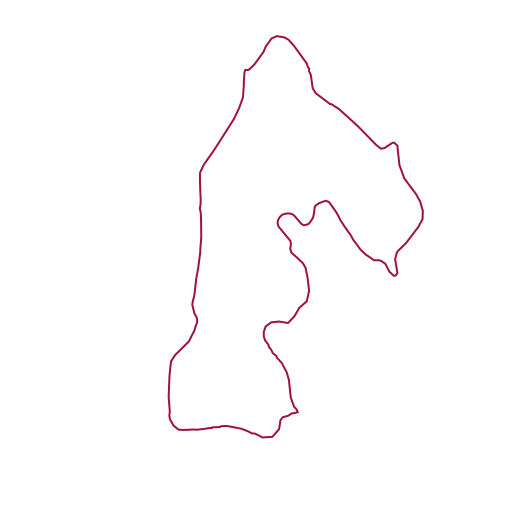 the district of San Pablo, San Marcos, Guatemala, rotated 133°
{"feature_id": "79465075B73669305526668", "entity_name": "San Pablo", "entity_type": "district", "adm_level": 2, "iso_a3": "GTM", "parent_name": "Guatemala", "parent_adm1": "San Marcos", "projection": "natural_earth1", "projection_center": [-91.953, 14.976], "detail": "fine", "context": "isolated", "style": "outline", "palette": "rose", "viewbox_px": 512, "rotation_deg": 133, "n_neighbors": 0, "source": "geoboundaries", "source_scale": "gbopen_adm2", "svg_char_len": 2539}
<svg xmlns="http://www.w3.org/2000/svg" viewBox="0 0 512 512"><g transform="rotate(133 256 256)"><path d="M259.7,329.4L261.5,326.6L263.3,324.6L268.7,319.2L280.1,308.4L286.1,303.7L292.0,298.8L297.9,294.6L304.9,289.6L313.4,284.2L317.8,280.9L321.8,278.0L325.6,275.1L329.2,272.9L331.9,271.6L335.1,269.3L339.7,262.4L341.8,256.7L344.3,254.0L348.9,252.1L352.6,250.2L358.0,248.7L364.3,246.8L383.6,247.6L390.6,246.4L395.8,242.8L402.7,237.5L418.7,223.7L428.7,212.8L431.9,210.5L434.2,207.4L435.8,202.0L436.3,200.6L435.8,194.2L433.3,191.1L429.6,187.3L426.2,184.1L422.9,180.3L417.4,175.7L413.0,172.3L412.2,171.1L411.2,171.2L405.8,165.8L404.3,165.5L400.3,161.6L393.2,150.4L392.3,148.9L389.9,142.8L388.4,137.8L386.6,135.7L384.2,127.4L377.1,120.7L366.9,121.0L363.5,123.4L361.8,124.4L359.7,126.0L355.7,126.5L350.9,123.5L347.0,122.6L344.0,120.3L341.8,119.0L340.5,121.7L340.3,125.3L338.6,128.6L335.8,134.1L324.2,147.4L320.2,154.1L316.7,164.0L316.0,171.9L315.2,172.8L315.6,177.3L314.1,181.2L313.7,184.6L312.4,186.4L311.5,191.8L309.6,195.4L306.1,198.6L301.0,200.9L294.1,199.6L288.1,194.3L283.2,186.9L273.9,186.8L264.2,189.0L254.6,188.0L248.3,191.5L247.2,192.4L245.5,193.1L239.5,200.2L236.5,203.8L230.9,211.6L229.3,216.6L229.2,225.4L229.4,232.4L227.3,236.0L224.5,237.8L222.6,239.5L221.5,241.2L219.1,259.6L217.8,261.9L216.0,263.6L214.0,264.6L210.7,265.2L207.8,264.9L205.0,263.3L202.8,261.4L201.3,259.3L200.4,257.0L200.5,254.3L201.6,244.7L201.0,242.2L199.6,241.0L198.3,240.3L197.3,239.6L195.9,239.4L192.6,239.7L188.7,240.6L184.3,243.3L180.8,246.1L178.5,246.8L174.2,245.8L170.0,243.8L168.0,242.4L167.1,240.6L166.8,238.7L169.2,227.4L170.7,222.5L172.1,219.2L174.0,211.6L176.4,200.1L177.7,196.5L180.1,183.8L180.1,176.7L178.6,166.7L175.5,163.5L174.2,161.1L173.5,156.1L176.5,147.8L176.5,141.8L175.0,140.5L172.0,141.0L163.4,152.1L157.7,155.2L155.3,155.6L144.0,155.1L123.9,157.1L115.4,159.4L109.2,164.8L104.1,173.3L101.6,181.2L98.1,200.4L94.6,207.3L92.0,212.7L81.3,225.2L78.9,227.7L78.9,232.2L80.1,233.4L89.7,235.7L92.3,237.8L92.8,243.7L91.6,269.7L91.9,295.2L93.5,304.3L94.4,305.6L96.2,323.3L94.7,328.9L86.3,339.2L84.6,343.3L82.6,345.1L82.5,346.9L80.6,350.1L76.3,372.0L75.7,380.3L77.0,384.8L81.1,390.8L86.4,393.0L96.2,391.7L101.7,389.7L117.1,387.8L124.9,388.3L127.2,390.7L129.4,389.8L137.3,383.4L138.4,382.2L148.9,373.7L159.7,369.1L165.4,367.3L170.9,365.6L198.1,360.5L209.2,358.6L225.0,356.4L232.9,353.9L234.9,352.3L237.6,349.8L240.0,347.5L247.6,339.9L251.5,335.9L254.8,332.8L256.7,331.3L258.7,330.0L259.7,329.4Z" fill="none" stroke="#9f1239" stroke-width="2"/></g></svg>